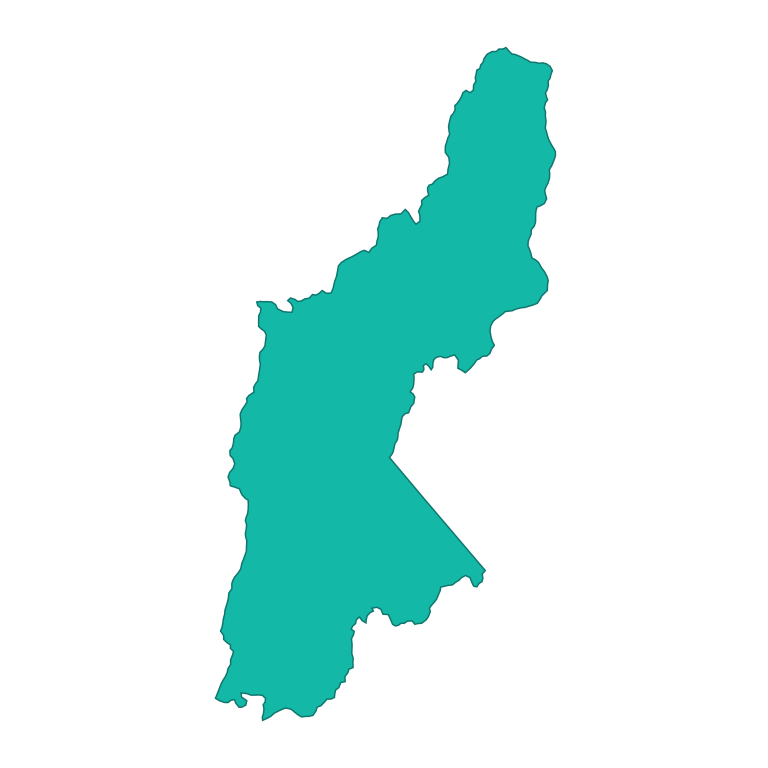 Ibicuí, Bahia, Brazil (Albers equal-area conic projection), rotated 178°
{"feature_id": "56859067B84380498054851", "entity_name": "Ibicuí", "entity_type": "district", "adm_level": 2, "iso_a3": "BRA", "parent_name": "Brazil", "parent_adm1": "Bahia", "projection": "albers", "projection_center": [-39.87, -14.661], "detail": "fine", "context": "isolated", "style": "filled", "palette": "teal", "viewbox_px": 768, "rotation_deg": 178, "n_neighbors": 0, "source": "geoboundaries", "source_scale": "gbopen_adm2", "svg_char_len": 5826}
<svg xmlns="http://www.w3.org/2000/svg" viewBox="0 0 768 768"><g transform="rotate(178 384 384)"><path d="M540.4,322.6L540.2,317.8L537.6,315.0L535.9,309.3L538.0,304.6L541.2,301.2L543.1,296.6L541.4,291.3L541.2,287.7L536.7,286.1L532.1,284.3L531.1,281.3L529.8,278.2L526.5,274.5L523.8,272.7L523.8,268.4L524.1,263.3L524.9,258.9L526.2,256.1L527.3,252.6L526.2,247.9L527.0,242.4L527.8,239.3L527.5,236.2L526.6,231.8L527.1,226.1L527.4,221.7L528.5,218.8L529.9,215.2L532.4,209.5L533.6,204.2L536.7,199.8L539.9,196.4L541.9,192.9L543.0,190.0L543.2,184.6L546.3,180.6L547.1,175.1L548.5,170.1L549.8,166.5L550.8,163.4L551.3,159.5L552.7,154.9L553.5,150.1L554.4,146.3L556.0,142.8L553.1,138.5L553.1,134.2L549.4,130.5L546.5,128.7L546.8,125.2L543.7,121.9L545.2,117.5L546.9,113.9L547.1,109.0L549.8,105.1L550.8,101.1L552.6,97.3L554.9,94.0L557.1,90.3L558.7,86.6L561.1,80.9L563.4,75.8L559.4,73.2L554.5,71.3L551.0,71.1L547.9,73.3L544.5,73.8L543.1,70.0L540.1,66.0L537.1,66.1L533.3,68.0L532.2,72.3L537.3,76.1L537.6,80.3L532.0,79.4L527.8,77.7L523.9,77.6L519.4,77.6L516.4,77.0L513.4,74.1L513.9,70.3L515.9,67.7L515.3,63.3L516.0,58.7L517.2,55.2L517.0,52.1L512.5,54.0L508.9,55.7L505.1,58.9L499.5,61.5L494.3,63.5L491.2,63.1L488.0,62.1L485.0,59.4L481.4,56.3L477.9,54.2L474.3,54.5L470.5,54.5L466.6,55.3L463.5,59.5L462.0,63.5L458.4,64.6L455.3,67.5L451.9,71.1L447.9,71.0L444.5,72.5L444.0,76.1L443.0,79.9L439.7,82.2L437.6,87.2L433.2,87.9L433.3,92.9L430.3,96.6L429.0,100.2L424.8,101.7L424.8,106.7L424.4,111.0L425.6,115.7L425.3,120.3L425.0,124.4L425.4,130.6L423.2,134.5L422.4,137.8L425.3,140.1L423.9,143.0L420.8,145.6L420.0,149.2L416.6,152.1L414.2,148.4L410.4,145.9L410.0,149.0L408.9,153.1L405.5,156.2L402.6,157.4L403.8,160.4L398.9,161.1L394.9,158.9L393.1,154.0L387.7,153.4L385.7,148.6L383.8,143.6L381.1,141.8L378.0,142.4L375.2,144.4L372.2,144.1L369.0,146.1L364.3,146.3L361.5,142.8L358.7,143.4L354.6,143.6L350.4,146.6L348.1,149.4L345.7,154.7L346.4,158.4L343.9,161.6L340.7,164.9L338.8,167.4L337.1,171.2L335.0,175.7L334.5,179.0L331.4,179.6L327.7,180.4L322.5,180.9L319.7,183.1L315.8,185.3L313.4,187.7L309.2,189.8L304.8,187.5L303.3,183.1L301.5,178.9L298.3,178.0L296.0,181.4L293.0,183.0L292.0,186.2L292.4,190.7L289.3,194.0L337.4,254.7L346.8,266.5L381.1,310.3L378.5,313.6L377.1,316.2L376.2,320.0L375.2,323.9L372.7,327.6L372.0,330.5L371.7,334.2L370.0,339.2L368.5,343.2L367.8,347.0L366.9,350.7L364.0,353.6L360.4,354.4L358.0,360.3L355.0,363.6L354.4,366.8L353.7,369.9L355.4,373.2L358.2,375.2L355.6,378.7L354.5,382.1L354.0,385.9L353.7,389.6L354.2,392.5L350.6,394.9L345.1,394.6L343.6,397.2L344.0,401.2L341.1,402.7L338.4,399.9L336.4,396.6L334.7,399.0L334.4,402.9L333.3,406.7L330.7,408.9L326.7,409.7L323.2,408.2L320.1,408.2L316.4,409.5L312.4,410.7L310.4,407.7L308.8,405.1L309.3,401.2L309.6,397.1L306.0,395.2L302.4,392.4L299.6,394.7L296.8,397.1L293.1,401.2L290.6,404.7L287.6,405.9L284.7,408.3L280.2,408.4L277.1,410.9L275.2,415.3L272.4,418.8L274.2,422.7L275.5,427.8L276.2,433.3L275.4,438.2L272.8,442.8L270.3,445.0L266.7,447.3L263.1,449.8L260.4,452.1L256.9,452.5L253.5,452.7L249.5,454.3L244.5,455.4L240.6,455.6L236.9,456.6L232.9,457.6L228.0,459.3L225.4,462.9L223.0,466.8L220.4,469.1L217.5,471.9L217.1,477.6L216.3,481.7L217.2,485.4L219.8,490.8L222.6,494.7L224.2,498.0L226.0,500.9L228.9,503.2L231.8,504.8L232.5,508.8L233.8,513.2L235.3,517.2L234.9,521.7L233.4,525.2L231.7,528.7L231.5,533.0L228.3,536.5L226.9,540.6L226.7,544.0L226.5,549.0L225.9,552.5L224.8,555.6L221.4,556.7L217.4,558.9L215.0,563.5L216.1,568.0L216.7,572.0L215.0,575.7L213.0,579.2L211.5,583.7L211.1,587.8L211.3,592.3L208.4,597.0L206.2,602.0L204.7,606.1L204.6,610.3L206.2,613.6L207.9,616.4L209.4,619.4L210.9,622.6L211.8,625.8L212.8,630.2L213.9,634.0L213.4,637.4L212.9,640.9L213.4,646.0L213.1,650.2L214.2,654.5L212.8,659.5L210.6,662.2L211.7,665.5L212.5,669.3L210.7,672.1L209.3,676.3L209.4,681.0L207.3,683.9L206.4,687.5L204.8,691.3L207.0,695.7L210.5,698.3L214.1,699.4L217.7,699.1L221.5,700.1L226.2,700.5L228.9,702.3L231.6,703.8L236.2,706.4L241.1,708.6L244.8,709.5L247.4,712.2L250.3,715.9L253.7,714.6L257.6,714.7L260.1,712.4L264.6,712.4L269.4,710.0L272.6,705.7L273.9,701.9L276.2,699.5L277.2,695.9L280.3,694.4L281.1,690.4L282.1,686.8L281.6,683.3L284.0,679.8L284.5,674.4L288.0,672.1L291.7,674.6L294.8,672.5L296.7,668.3L298.8,664.8L301.0,661.9L303.4,659.9L303.4,655.3L305.1,652.3L307.8,649.3L309.3,644.3L310.5,639.4L310.2,634.8L309.7,631.2L311.6,627.6L312.9,623.6L314.3,619.9L314.6,616.4L314.6,613.1L311.3,608.3L310.8,602.3L312.4,596.8L313.2,591.5L318.2,589.0L322.1,587.8L325.8,585.3L328.8,582.0L332.0,581.1L333.6,578.5L333.6,575.3L332.8,571.0L336.5,569.0L340.0,566.1L339.9,562.0L341.7,558.8L343.4,555.4L342.2,550.9L342.4,545.4L346.5,542.6L348.9,545.7L351.3,550.1L353.7,554.5L356.6,557.7L361.2,553.4L366.6,553.4L371.4,552.2L375.1,549.4L379.9,550.2L382.6,546.1L383.5,542.4L384.9,539.2L384.5,535.9L384.6,531.5L386.0,527.1L386.8,522.9L391.5,520.1L394.5,516.0L398.9,518.3L402.9,517.0L405.5,515.5L409.2,513.5L412.7,511.8L417.0,510.1L422.4,507.0L425.4,503.6L426.4,498.9L427.7,493.2L429.8,487.9L431.6,481.1L433.8,476.7L438.5,476.7L442.5,479.6L445.9,476.7L448.9,475.2L452.4,475.9L455.7,472.4L460.0,471.9L463.7,469.9L467.4,469.5L470.0,471.6L474.5,473.2L477.3,470.7L474.2,467.9L472.2,463.7L473.4,458.9L477.7,459.2L482.0,459.8L487.9,462.9L489.5,467.0L493.3,469.9L497.8,470.4L501.5,470.4L504.9,470.8L508.3,470.4L507.5,466.8L504.5,464.2L504.9,460.0L506.8,456.8L507.0,453.1L507.2,449.3L507.2,445.8L504.7,443.3L501.5,440.8L499.9,437.0L500.6,432.7L501.2,429.2L501.7,426.1L503.9,422.8L506.8,420.0L507.6,415.8L507.5,411.7L506.9,407.9L507.9,402.4L509.1,396.4L509.9,391.7L512.1,389.1L514.4,385.3L514.2,380.5L519.4,377.2L521.8,374.4L521.5,371.0L523.8,367.3L527.0,363.0L528.8,358.8L528.6,354.9L528.2,349.5L528.6,345.9L530.2,341.2L534.7,337.9L536.0,334.6L536.6,329.9L537.9,325.6L540.4,322.6Z" fill="#14b8a6" stroke="#0f766e" stroke-width="1.5"/></g></svg>